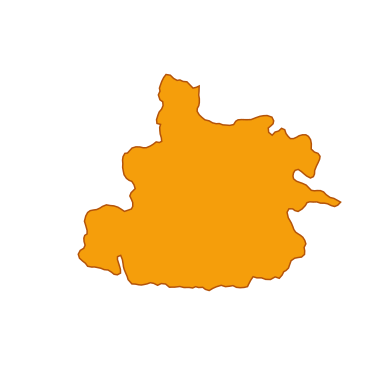 Varginha, Minas Gerais, Brazil, rotated 153°
{"feature_id": "56859067B67059151251397", "entity_name": "Varginha", "entity_type": "district", "adm_level": 2, "iso_a3": "BRA", "parent_name": "Brazil", "parent_adm1": "Minas Gerais", "projection": "natural_earth1", "projection_center": [-45.416, -21.572], "detail": "fine", "context": "isolated", "style": "filled", "palette": "amber", "viewbox_px": 384, "rotation_deg": 153, "n_neighbors": 0, "source": "geoboundaries", "source_scale": "gbopen_adm2", "svg_char_len": 3401}
<svg xmlns="http://www.w3.org/2000/svg" viewBox="0 0 384 384"><g transform="rotate(153 192 192)"><path d="M221.4,96.4L217.1,96.7L213.4,96.5L208.3,95.6L205.2,92.5L201.3,91.0L198.0,90.0L195.7,86.9L192.6,84.9L188.9,83.3L185.5,82.5L183.3,84.2L179.8,86.7L176.0,88.8L173.2,86.1L169.1,84.0L166.0,80.7L161.8,78.4L156.5,78.6L153.4,75.5L149.4,77.1L146.5,79.3L143.9,79.4L140.6,80.4L137.9,83.0L134.9,85.8L130.6,86.4L127.4,85.5L123.9,84.3L120.1,85.3L118.3,88.4L117.3,91.7L114.1,94.1L113.5,97.7L113.8,101.3L115.0,104.1L116.5,106.6L117.9,109.2L118.3,112.3L117.9,115.4L117.6,119.3L117.9,125.4L116.5,130.8L113.3,133.0L110.0,131.3L108.7,128.7L106.3,126.5L101.5,126.9L97.1,128.5L94.4,130.3L91.5,129.8L88.5,128.0L85.3,126.5L82.5,123.7L79.2,122.0L76.6,120.0L74.1,116.7L71.5,114.3L68.1,114.1L64.2,115.5L66.5,119.0L68.5,121.9L71.5,124.5L73.7,128.8L74.7,132.3L76.9,134.9L79.9,136.5L82.4,137.5L84.9,139.3L86.0,142.7L87.1,146.3L89.8,149.7L91.9,151.9L94.0,154.2L95.5,157.6L94.8,160.4L92.9,162.9L90.3,164.5L87.1,163.9L85.3,160.7L84.0,157.4L82.6,154.2L80.1,150.7L76.9,150.6L74.7,152.4L72.9,155.5L69.5,158.5L66.3,160.9L63.4,163.3L61.7,165.7L62.2,169.2L64.8,172.0L66.3,176.1L63.8,180.7L62.6,184.8L63.0,188.7L64.6,191.3L67.6,192.8L71.0,193.5L73.9,193.3L77.3,193.5L80.1,194.9L81.1,197.9L81.7,201.4L81.1,205.4L83.3,208.1L87.1,207.0L90.8,207.7L94.8,206.2L96.6,210.3L95.0,214.4L91.4,215.2L88.8,216.0L86.9,218.3L86.8,222.4L90.3,226.0L93.6,227.5L97.1,228.6L101.4,229.2L106.5,229.7L110.7,231.7L114.9,234.0L118.2,235.4L120.9,235.2L124.3,233.2L128.1,234.2L131.0,236.0L134.0,237.8L136.6,240.6L139.5,241.9L142.3,244.3L144.4,247.6L147.7,250.4L149.3,254.0L150.5,257.4L150.8,261.6L149.3,264.1L146.8,265.8L144.9,268.3L143.1,271.8L142.0,275.3L140.1,278.4L137.5,283.2L140.5,283.3L143.9,284.1L145.2,288.3L146.5,292.5L149.8,294.6L151.9,297.3L154.6,298.2L156.8,301.5L158.3,305.9L161.8,308.5L165.3,306.8L168.7,304.3L171.7,301.5L173.9,299.3L174.7,296.4L177.9,293.8L178.7,288.7L177.1,285.7L178.5,282.2L181.4,279.7L184.9,278.2L187.4,276.0L190.8,272.5L192.1,269.0L189.3,266.5L191.5,264.2L192.8,261.2L194.0,258.1L194.7,254.3L196.0,250.9L198.6,250.9L201.2,252.9L204.7,252.2L208.1,251.9L212.6,252.2L215.3,253.5L218.0,255.8L221.5,257.7L225.5,258.4L229.2,257.0L231.8,256.0L234.3,256.9L237.4,254.8L239.4,252.0L240.8,248.6L242.6,245.5L243.7,241.9L244.7,238.2L244.2,233.9L242.7,230.9L240.8,228.8L240.4,224.8L241.1,220.8L244.1,219.8L246.6,219.0L249.2,216.7L249.3,213.2L249.6,209.5L251.3,206.1L253.7,204.4L257.0,204.8L261.0,205.4L263.0,209.0L264.9,212.1L267.9,215.1L271.2,217.2L274.1,219.4L278.3,219.8L281.1,219.5L284.8,219.6L288.3,220.8L291.2,221.6L294.3,221.1L297.6,218.8L301.1,214.8L301.9,210.3L302.9,205.4L304.5,202.3L307.3,202.0L309.3,200.0L310.6,197.0L311.4,193.1L314.0,191.0L318.1,190.7L321.6,188.2L322.3,184.1L320.8,180.1L319.3,176.9L318.7,173.2L315.5,170.7L312.8,169.4L310.5,167.6L307.9,165.5L305.5,162.7L302.2,160.6L300.1,157.1L298.8,154.1L296.1,152.1L292.5,152.2L290.9,155.5L290.2,159.1L289.6,162.7L289.1,165.7L287.7,168.2L284.3,167.9L284.7,163.5L286.0,159.3L287.0,156.5L287.6,153.5L287.9,149.6L288.1,146.2L288.7,142.9L287.3,137.4L284.2,135.6L281.7,133.6L279.3,132.1L276.6,131.3L273.6,130.5L270.3,130.1L267.6,128.0L265.0,124.5L261.0,124.4L257.3,122.0L255.4,117.5L250.6,115.1L245.7,113.3L242.6,110.6L240.2,109.4L237.8,108.2L235.0,106.2L231.7,106.0L229.5,103.9L225.7,102.2L224.3,99.2L221.4,96.4Z" fill="#f59e0b" stroke="#b45309" stroke-width="1.5"/></g></svg>